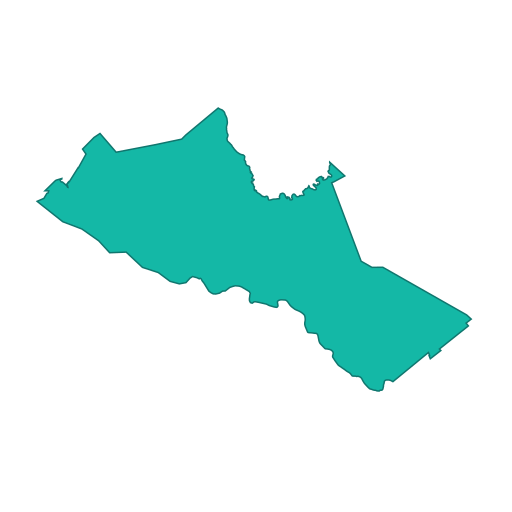 outline of Guerrero, Tamaulipas, Mexico, rotated 136°
{"feature_id": "50627088B90102683496666", "entity_name": "Guerrero", "entity_type": "district", "adm_level": 2, "iso_a3": "MEX", "parent_name": "Mexico", "parent_adm1": "Tamaulipas", "projection": "equal_earth", "projection_center": [-99.632, 26.921], "detail": "fine", "context": "isolated", "style": "filled", "palette": "teal", "viewbox_px": 512, "rotation_deg": 136, "n_neighbors": 0, "source": "geoboundaries", "source_scale": "gbopen_adm2", "svg_char_len": 6046}
<svg xmlns="http://www.w3.org/2000/svg" viewBox="0 0 512 512"><g transform="rotate(136 256 256)"><path d="M283.1,452.5L290.2,453.8L306.5,453.4L307.5,447.4L322.5,442.8L322.6,443.1L339.2,439.0L338.3,439.7L339.2,439.5L340.2,439.5L340.2,439.0L342.1,439.2L342.7,437.5L343.6,436.0L343.8,436.3L343.3,438.1L343.8,443.3L343.9,443.8L344.7,444.6L344.3,446.7L344.2,446.8L343.7,447.0L343.3,446.9L342.4,446.3L342.2,446.3L342.2,446.5L341.9,446.7L346.9,449.3L347.6,449.5L348.8,449.6L362.5,449.5L359.8,446.9L361.7,445.8L363.0,446.3L368.5,444.8L375.5,447.4L375.5,447.2L371.2,414.9L362.5,396.4L358.6,376.3L359.0,360.0L346.7,349.0L345.6,326.7L337.8,312.0L335.4,297.4L330.5,289.2L324.9,285.5L318.8,285.9L315.9,285.3L313.5,281.3L312.7,279.0L311.6,278.7L311.3,277.7L312.0,275.5L312.3,272.5L314.3,263.5L313.9,260.9L313.1,258.5L311.3,256.6L308.0,254.6L304.5,254.0L302.4,252.2L296.7,251.6L293.9,250.3L291.6,249.0L289.0,246.0L287.9,243.9L285.5,235.1L286.1,233.0L287.2,232.4L290.6,229.7L291.8,228.3L292.4,226.3L291.5,224.7L289.1,224.3L288.2,223.5L286.2,220.7L281.9,214.1L280.9,211.2L278.4,206.8L276.9,204.8L276.2,204.5L275.3,204.6L274.6,205.1L272.6,208.0L272.0,208.4L271.2,208.4L270.2,208.2L268.8,207.4L267.8,206.5L265.9,204.4L265.4,203.8L265.2,203.3L265.0,202.4L265.0,201.2L265.7,196.9L265.7,195.0L265.3,192.2L265.0,190.5L264.5,189.2L263.5,186.9L262.8,184.9L262.3,182.4L262.2,180.1L262.7,178.7L264.0,176.9L265.1,175.7L267.4,174.0L268.3,173.1L268.9,172.2L269.6,170.9L271.7,165.5L271.7,164.9L271.3,164.2L269.3,162.0L267.6,159.8L266.6,158.7L266.3,158.3L266.2,157.5L266.3,156.8L266.6,155.9L269.6,151.3L270.2,150.1L270.6,148.9L270.7,147.7L270.7,141.5L270.4,140.8L269.6,140.0L268.1,137.9L267.7,137.1L267.2,135.7L267.2,134.0L267.5,133.1L268.1,132.3L268.6,131.9L269.9,131.2L270.4,130.8L270.9,130.3L271.1,129.8L271.9,125.8L272.6,120.8L272.6,119.9L271.1,112.5L270.9,111.0L270.6,109.5L269.9,107.2L269.8,105.9L270.1,102.9L269.7,102.3L267.8,100.4L267.2,99.3L266.2,98.7L265.3,97.0L265.0,95.9L265.1,94.4L265.9,91.7L266.5,88.9L266.6,84.1L266.5,81.7L266.4,81.3L265.2,79.3L264.9,78.5L264.2,77.4L263.1,76.1L263.0,75.5L262.0,74.1L261.0,73.2L259.9,73.2L259.2,72.5L258.5,72.0L257.4,72.1L256.7,72.5L254.6,73.9L254.0,74.6L252.3,75.5L250.7,76.7L249.5,76.8L248.4,76.3L246.6,74.6L245.6,73.0L244.8,70.5L199.0,66.8L200.2,63.9L200.7,64.1L202.0,61.0L188.7,59.6L188.7,61.7L151.8,58.2L151.5,61.8L145.0,61.1L145.4,67.3L172.6,159.8L180.5,167.3L184.0,179.2L150.7,256.1L148.3,255.2L136.5,251.9L137.8,272.3L138.2,271.9L138.7,270.2L139.3,269.9L140.1,269.9L140.8,269.6L141.9,268.6L143.1,267.3L143.6,266.9L144.0,266.9L144.6,267.1L145.4,266.8L145.6,265.8L145.9,265.5L146.0,264.9L145.5,262.4L145.5,261.9L145.7,261.3L145.9,261.0L146.5,260.6L146.9,260.6L147.6,261.0L147.8,261.4L147.8,261.9L147.9,262.2L148.8,263.1L149.5,262.7L151.5,262.3L153.2,262.8L154.2,263.3L154.9,263.9L154.9,264.8L154.7,265.2L154.1,264.9L153.8,265.1L153.2,265.1L153.2,265.7L153.8,266.2L153.9,266.5L153.9,266.9L153.6,267.4L153.7,267.8L155.1,268.6L155.4,268.6L155.8,268.8L157.0,269.0L158.0,268.7L158.5,268.8L159.2,269.2L160.1,268.7L160.3,267.6L160.3,267.3L159.6,267.1L158.9,266.3L158.8,266.2L158.9,265.3L159.9,264.0L160.3,263.9L160.9,264.0L161.2,264.3L161.5,264.8L161.9,264.4L162.1,264.3L162.5,264.4L162.7,264.0L162.9,264.1L163.2,264.5L163.2,264.9L163.6,265.2L163.8,265.5L164.0,266.2L164.0,266.6L164.1,267.0L164.7,267.8L165.0,267.8L165.5,267.3L165.6,266.3L165.4,263.4L166.1,262.4L166.4,262.1L166.7,262.1L167.7,262.5L168.1,263.3L168.5,263.8L168.8,265.1L169.5,266.1L169.8,267.2L170.0,267.5L170.0,268.1L169.2,269.4L169.2,269.8L169.9,269.6L170.3,269.3L171.8,269.0L172.6,269.2L173.6,269.9L175.7,269.8L176.3,269.6L177.0,269.9L177.3,269.9L177.6,269.8L178.2,268.8L178.7,267.0L179.0,266.5L179.3,266.5L180.3,267.0L180.5,267.3L181.0,267.9L182.3,268.6L182.5,269.0L183.8,269.0L185.1,269.9L185.4,270.3L185.5,271.1L185.3,272.9L185.4,273.5L185.6,274.1L186.3,274.6L186.9,274.6L188.2,274.4L188.6,274.1L189.8,273.1L189.8,272.9L189.8,272.6L190.0,272.3L190.1,271.7L190.6,271.5L191.2,271.6L192.0,272.1L192.5,273.0L191.7,273.6L191.6,273.8L191.7,274.2L191.5,275.0L191.5,275.4L192.0,276.1L192.3,276.7L192.5,276.9L192.8,276.7L192.7,275.9L192.9,275.5L193.6,275.5L193.9,276.0L193.6,278.1L193.0,279.0L192.6,280.8L192.7,281.6L193.1,282.6L193.5,282.7L194.1,283.2L194.4,283.2L194.9,283.5L195.5,283.7L196.0,283.3L196.9,283.0L197.8,282.6L198.3,282.0L198.8,281.2L199.2,281.0L199.4,281.0L200.9,282.3L202.2,283.2L204.1,284.9L207.1,286.5L207.4,286.8L207.9,287.5L207.9,287.8L207.8,288.1L207.5,288.3L207.3,288.9L206.5,290.2L206.5,291.1L206.7,291.5L207.3,292.0L208.4,292.2L208.7,292.5L209.2,293.5L209.8,294.1L210.1,294.5L209.9,295.0L210.1,295.6L210.1,296.9L210.5,299.0L211.0,300.5L211.1,301.8L211.0,302.1L210.5,302.3L210.4,303.0L211.4,303.7L211.5,304.4L211.3,304.7L210.8,304.7L210.9,305.1L210.8,305.5L209.9,306.4L209.1,306.8L209.1,307.9L208.4,308.9L208.1,309.6L208.1,309.9L208.4,310.4L208.3,311.1L207.9,311.1L208.2,311.8L208.1,312.2L207.7,312.3L207.6,312.7L207.3,312.8L207.2,312.8L206.6,312.3L205.9,312.0L205.1,312.1L204.5,312.1L204.3,312.2L204.2,312.6L204.3,312.9L205.1,314.1L205.1,314.5L205.0,314.9L204.8,315.1L203.7,315.1L203.0,315.7L202.4,315.7L201.8,317.9L201.8,318.4L202.1,319.6L202.1,319.9L201.5,320.1L201.1,319.9L201.1,321.3L200.9,321.7L200.4,322.3L200.0,323.3L199.0,324.0L198.8,324.4L198.7,325.1L198.7,325.6L199.4,326.8L199.6,327.5L199.6,327.8L199.4,329.2L198.5,330.7L197.9,331.1L197.7,332.5L197.8,332.9L197.7,333.1L195.9,334.7L195.2,335.1L195.0,335.5L194.8,336.3L195.0,337.6L196.1,339.2L196.6,340.3L197.0,341.6L197.5,344.1L197.4,348.1L197.1,349.8L197.1,350.9L196.7,352.0L196.5,353.0L196.5,353.6L196.7,354.3L196.5,354.7L196.5,355.2L196.7,358.0L196.5,358.9L195.3,360.7L193.4,361.6L192.1,362.5L191.7,363.4L191.3,364.6L191.0,365.2L190.0,366.4L189.7,367.2L188.8,367.9L188.1,368.9L187.0,369.8L185.6,370.6L184.3,371.5L183.6,372.2L181.6,374.9L181.2,375.5L180.1,378.4L180.0,379.4L179.4,380.1L178.9,381.3L178.8,382.0L178.8,383.7L178.9,384.6L180.0,387.0L180.4,388.7L222.4,391.8L228.3,391.7L251.1,406.0L284.5,427.8L283.1,452.5Z" fill="#14b8a6" stroke="#0f766e" stroke-width="1.5"/></g></svg>